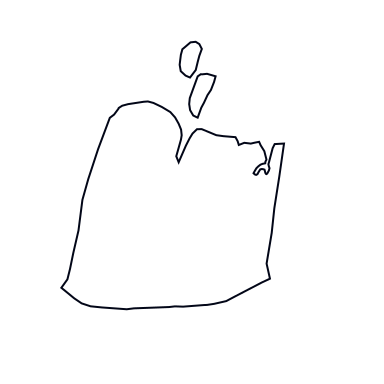 Idid 03, Palau, rotated 200°
{"feature_id": "81905179B3672705563325", "entity_name": "Idid 03", "entity_type": "district", "adm_level": 2, "iso_a3": "PLW", "parent_name": "Palau", "parent_adm1": "", "projection": "robinson", "projection_center": [134.485, 7.342], "detail": "fine", "context": "isolated", "style": "outline", "palette": "ink", "viewbox_px": 384, "rotation_deg": 200, "n_neighbors": 0, "source": "geoboundaries", "source_scale": "gbopen_adm2", "svg_char_len": 1814}
<svg xmlns="http://www.w3.org/2000/svg" viewBox="0 0 384 384"><g transform="rotate(200 192 192)"><path d="M282.0,57.3L276.8,55.5L266.3,51.8L257.6,49.6L248.2,49.9L237.2,52.7L213.2,59.5L206.8,62.8L181.2,73.2L174.1,76.1L168.9,78.7L161.2,81.2L142.0,89.9L139.3,91.0L132.9,94.5L122.5,101.2L116.1,108.3L95.4,130.9L89.1,137.2L97.4,150.2L103.1,180.8L109.1,205.0L115.2,236.1L122.1,269.0L130.7,265.3L131.2,260.7L129.9,247.0L129.7,244.2L128.4,242.2L127.3,240.9L127.1,238.5L127.6,235.2L128.1,234.3L128.7,234.3L129.7,235.1L130.5,236.4L131.5,237.8L132.7,237.8L134.2,237.5L135.6,236.6L136.3,233.3L136.6,231.1L137.6,230.0L139.0,230.0L140.6,230.7L140.2,233.3L139.6,236.4L138.4,238.9L137.0,241.1L135.3,242.6L133.0,244.0L133.4,245.7L133.1,247.8L133.5,248.5L138.0,255.1L143.5,259.4L146.1,262.1L150.1,259.7L153.3,257.6L159.7,256.1L164.1,252.2L166.5,255.4L169.9,258.4L181.6,255.2L188.6,253.7L204.4,254.4L208.8,252.7L211.5,247.1L212.6,241.6L213.6,233.4L214.7,215.4L219.0,220.2L220.3,237.5L221.1,241.8L223.6,246.9L227.9,251.6L233.4,256.3L239.7,259.7L249.5,261.6L258.7,262.5L264.4,262.0L268.2,260.3L282.1,252.7L287.1,249.2L289.6,245.9L289.6,245.1L291.7,238.1L294.6,233.6L294.9,200.2L293.9,168.7L292.3,147.2L285.5,117.0L282.7,94.2L280.3,77.9L279.2,67.3L282.0,57.3ZM209.4,308.8L218.3,308.2L222.8,306.0L224.0,305.7L226.2,302.6L226.2,279.5L224.7,273.6L223.7,271.8L221.8,268.3L219.3,266.2L217.0,264.3L213.3,263.9L212.1,263.8L212.1,274.4L211.8,276.5L211.3,279.8L210.7,286.7L210.6,288.2L209.1,294.4L209.0,299.2L208.9,302.9L209.4,308.8ZM235.1,299.0L233.0,298.9L230.2,307.9L231.2,316.9L231.5,320.3L231.7,322.5L231.7,329.8L235.7,333.5L239.9,334.4L244.6,332.1L245.9,329.8L247.7,326.6L249.9,322.8L249.7,321.0L249.4,317.2L248.2,311.9L247.1,307.3L243.9,301.7L239.1,299.7L237.9,299.2L235.1,299.0Z" fill="none" stroke="#020617" stroke-width="2"/></g></svg>